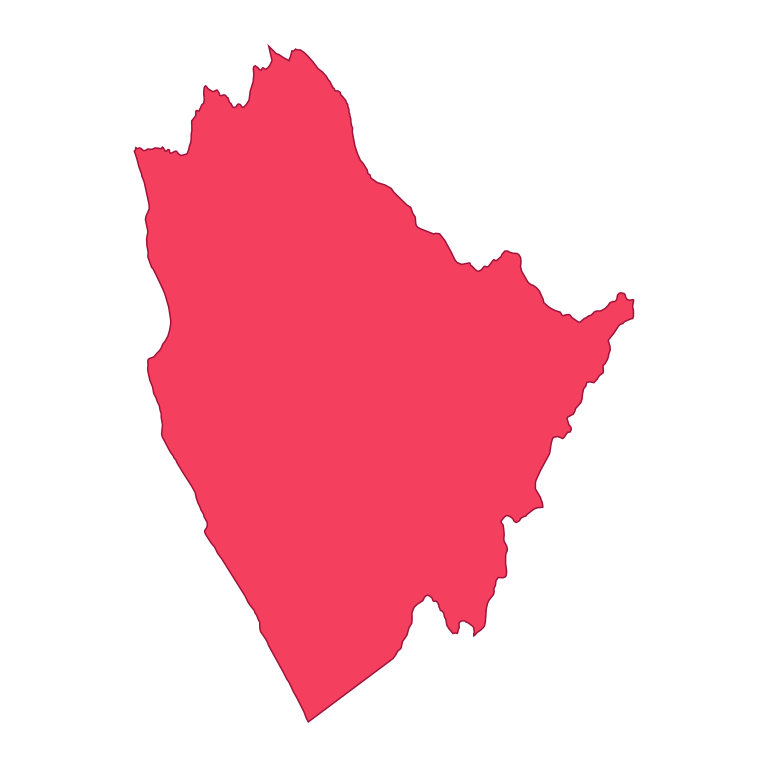 outline of Pacasmayo, La Libertad, Peru
{"feature_id": "86281439B1064179091614", "entity_name": "Pacasmayo", "entity_type": "district", "adm_level": 2, "iso_a3": "PER", "parent_name": "Peru", "parent_adm1": "La Libertad", "projection": "equal_earth", "projection_center": [-79.413, -7.429], "detail": "fine", "context": "isolated", "style": "filled", "palette": "rose", "viewbox_px": 768, "rotation_deg": 0, "n_neighbors": 0, "source": "geoboundaries", "source_scale": "gbopen_adm2", "svg_char_len": 6067}
<svg xmlns="http://www.w3.org/2000/svg" viewBox="0 0 768 768"><path d="M632.6,318.6L633.3,317.0L633.5,315.1L633.4,309.9L632.8,308.0L632.7,305.5L633.7,300.1L633.0,299.6L629.3,300.3L627.2,299.4L625.9,297.7L624.9,294.3L624.1,293.6L621.2,292.8L619.3,293.2L617.6,294.9L616.8,299.2L615.8,300.7L614.9,301.5L612.9,301.5L609.8,302.8L608.2,305.3L605.3,308.5L600.5,311.0L596.5,311.0L594.4,311.9L591.2,315.1L588.5,316.0L586.1,317.8L584.3,318.5L580.0,322.2L578.1,321.8L574.8,319.6L571.7,317.3L570.3,315.3L569.3,314.6L566.5,314.7L563.3,315.6L562.1,315.3L560.3,312.2L555.0,310.5L551.5,308.7L549.3,307.4L543.8,302.7L543.2,299.5L539.4,291.0L536.1,287.4L532.9,285.2L531.3,284.8L529.0,283.2L527.6,281.6L521.6,271.1L520.5,266.6L521.0,262.3L520.7,258.0L519.2,255.1L517.2,253.5L512.8,253.2L509.2,252.0L507.7,251.0L504.8,251.1L502.2,254.0L501.0,256.6L496.5,260.6L495.6,260.7L494.4,259.8L493.3,260.0L488.4,266.5L486.8,267.0L485.2,266.3L484.1,266.5L481.4,269.8L478.5,271.3L477.4,271.1L475.2,269.5L472.1,266.2L471.0,265.7L469.9,263.2L469.3,262.9L461.7,264.4L457.2,262.6L455.1,260.2L450.5,250.8L444.8,240.5L439.6,233.8L435.8,233.3L433.7,234.0L420.0,228.6L417.3,226.9L416.2,225.3L415.7,223.2L415.3,217.1L412.8,213.4L410.8,207.5L406.8,204.9L394.0,192.5L391.3,188.5L384.8,184.9L377.1,182.5L370.9,178.0L369.9,174.8L367.9,173.5L367.3,170.1L362.6,162.7L360.3,160.2L357.6,154.1L354.9,145.9L352.3,131.9L352.6,127.8L351.8,126.4L350.9,122.3L350.8,118.7L350.0,116.5L349.7,113.8L348.9,112.6L349.0,110.2L348.7,108.6L347.9,106.8L347.7,104.5L346.1,101.9L345.8,100.5L342.4,96.3L341.0,95.2L340.2,92.4L337.8,90.8L335.8,91.0L334.8,90.4L334.1,88.5L332.9,87.6L330.1,81.9L327.9,79.1L326.4,76.4L322.2,71.8L318.1,68.7L312.5,61.3L307.9,56.2L304.6,52.9L300.6,50.0L297.5,49.9L295.5,49.1L293.5,51.2L291.9,50.9L290.5,56.6L289.3,59.2L289.1,60.6L283.4,57.6L279.0,54.6L276.2,53.6L268.7,46.1L272.0,60.6L269.9,65.2L267.6,68.0L266.1,69.1L265.2,69.1L263.0,67.8L262.4,68.0L261.0,70.3L260.5,70.2L259.1,69.3L258.0,67.7L255.2,65.8L253.8,66.6L253.3,68.7L253.8,74.3L253.1,81.9L250.2,91.2L249.2,99.2L248.9,100.4L246.3,104.5L243.8,107.1L242.4,107.4L240.3,104.5L238.6,104.0L237.5,104.4L236.3,106.5L234.4,107.6L233.6,107.4L232.7,107.0L231.0,103.6L229.5,102.3L228.0,97.9L226.7,96.9L225.3,95.2L223.9,94.9L221.2,95.6L219.8,95.4L218.9,92.6L217.2,90.2L216.5,90.0L214.2,91.3L212.6,91.6L208.0,88.7L206.2,86.2L205.5,85.9L204.9,86.3L204.3,87.2L203.8,91.2L203.8,94.7L204.3,99.2L203.7,103.2L201.9,104.7L199.1,110.8L198.5,111.2L197.4,110.5L196.3,110.6L195.8,111.4L195.8,114.9L195.3,116.3L191.7,120.9L191.9,130.4L191.3,133.6L191.1,140.0L190.6,142.9L189.6,145.4L188.7,149.4L187.5,153.0L186.4,154.1L181.0,155.5L178.4,153.8L176.6,151.3L175.2,151.2L171.4,153.1L170.4,153.0L169.5,152.1L169.5,150.4L169.1,149.7L168.0,149.5L166.5,151.1L165.4,151.2L163.1,147.5L162.4,147.1L161.4,148.6L154.9,147.9L153.6,148.8L151.8,149.3L147.3,149.1L146.1,150.2L144.0,150.6L143.2,150.5L141.3,148.6L139.7,147.9L137.2,148.6L135.9,147.6L135.6,148.3L135.5,150.2L134.3,151.0L137.1,159.5L138.8,166.5L141.5,173.8L141.8,176.0L144.2,182.0L149.0,204.1L149.3,208.7L146.1,216.0L145.4,219.5L147.7,230.7L147.8,232.3L146.6,238.8L146.9,245.4L148.1,251.9L147.9,257.1L151.6,267.3L152.8,268.4L155.8,274.2L162.9,289.2L165.0,294.4L168.7,307.1L170.8,320.6L170.6,324.6L169.6,330.2L167.9,336.1L165.2,341.0L162.8,344.1L160.9,348.7L158.4,351.9L157.7,352.3L153.8,356.9L149.0,358.7L148.0,359.9L147.8,361.2L148.0,365.2L147.7,368.7L148.0,371.8L149.9,380.4L152.6,387.0L153.7,393.4L156.0,397.7L157.5,402.2L159.2,405.3L160.1,410.2L161.2,413.7L161.2,417.4L162.5,424.7L161.6,433.9L162.3,437.0L170.2,451.8L173.3,456.1L174.0,457.9L175.7,459.7L177.2,463.1L183.0,472.7L191.5,485.9L195.2,492.5L196.1,497.2L197.8,502.6L200.1,507.3L200.8,509.5L203.6,514.4L204.1,516.8L207.2,522.4L207.3,525.8L206.7,527.5L204.8,530.5L204.6,531.7L205.5,534.2L211.0,542.8L214.6,547.1L217.9,553.7L222.0,559.2L245.2,596.2L247.7,601.5L249.7,604.8L254.1,610.3L255.0,612.8L256.7,615.4L258.3,619.6L259.7,622.2L259.8,627.9L260.6,631.7L265.7,639.1L267.4,642.3L268.7,645.7L283.6,672.7L286.7,678.9L289.0,682.3L293.6,692.1L296.7,697.5L304.2,712.3L305.9,717.2L308.3,721.9L393.1,658.5L395.9,654.6L397.6,651.3L400.6,648.7L401.2,647.7L402.5,641.6L407.0,635.0L408.9,628.0L411.8,623.1L412.1,618.0L411.9,614.1L412.1,612.5L414.0,607.4L417.3,604.2L422.8,600.7L424.5,597.3L425.9,595.8L427.9,595.1L431.1,597.1L432.1,598.2L433.0,600.7L433.5,601.2L436.1,601.2L437.4,602.3L438.7,604.9L439.1,607.3L440.0,608.9L440.1,609.9L440.9,610.7L442.3,611.1L443.8,613.6L444.5,617.0L445.7,618.9L446.9,625.4L448.8,628.5L453.0,633.5L455.4,633.0L457.4,633.3L458.6,628.8L459.2,627.7L459.0,623.8L459.4,622.4L461.2,621.0L464.6,620.8L466.2,622.2L467.6,622.5L472.7,626.2L473.6,627.5L474.3,632.0L473.7,634.3L473.8,635.8L475.0,635.0L476.9,632.7L480.8,630.0L483.7,627.1L484.5,625.8L485.3,622.3L486.3,608.8L487.4,603.7L488.8,600.5L493.6,594.3L494.2,591.3L493.9,589.9L494.1,588.2L495.5,585.2L496.0,580.6L498.2,577.5L503.0,577.8L505.3,576.8L506.0,575.8L506.5,573.6L506.6,571.1L505.6,563.5L505.6,557.0L505.8,554.1L507.2,550.7L507.4,549.4L506.8,546.3L504.1,541.2L503.8,538.7L504.2,534.5L503.6,528.2L503.2,525.2L501.5,523.0L501.2,521.8L501.3,520.7L505.0,516.4L506.9,515.5L509.6,516.3L511.6,517.7L512.9,518.9L514.0,521.0L515.8,522.4L516.7,522.3L519.4,520.7L520.7,518.5L522.6,517.1L526.0,515.9L527.2,514.3L533.9,509.1L537.6,507.7L542.7,507.3L542.8,506.0L542.3,502.9L540.3,497.2L535.4,488.9L535.4,482.9L535.9,480.6L540.4,470.6L549.3,454.2L549.9,452.2L551.1,443.8L552.4,438.9L553.5,437.4L557.6,436.5L562.8,438.5L564.0,437.5L567.6,432.3L570.1,432.0L571.2,429.7L571.3,428.3L569.7,425.5L568.9,424.9L567.0,418.4L567.7,417.1L573.4,414.0L574.7,411.6L575.6,408.6L580.9,402.5L582.1,398.8L582.5,394.0L583.4,389.7L584.3,387.7L585.7,386.6L586.4,383.5L587.0,382.4L589.8,381.8L593.9,382.7L597.4,378.9L598.2,377.2L600.0,375.1L603.1,372.8L603.4,370.3L603.0,366.3L603.5,365.1L605.1,363.6L607.4,359.5L608.4,356.6L609.0,353.2L610.2,350.2L610.0,346.5L608.3,340.7L608.6,339.7L613.9,333.2L618.4,326.2L620.4,324.3L622.8,323.5L624.9,321.4L631.7,318.6L632.6,318.6Z" fill="#f43f5e" stroke="#9f1239" stroke-width="1.5"/></svg>